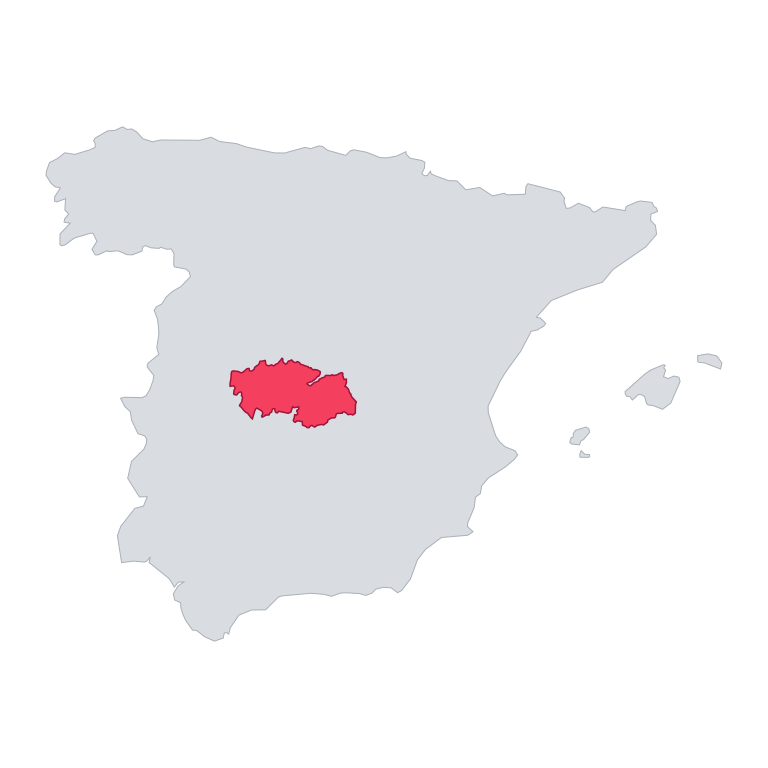 where Toledo sits in Spain
{"feature_id": "ESP-5848", "entity_name": "Toledo", "entity_type": "Autonomous Community", "adm_level": 1, "iso_a3": "ESP", "parent_name": "Spain", "parent_adm1": "", "projection": "albers", "projection_center": [-4.343, 39.785], "detail": "fine", "context": "in_parent", "style": "filled", "palette": "rose", "viewbox_px": 768, "rotation_deg": 0, "n_neighbors": 0, "source": "natural_earth", "source_scale": "10m", "svg_char_len": 8240}
<svg xmlns="http://www.w3.org/2000/svg" viewBox="0 0 768 768"><path d="M406.0,151.7L406.1,154.0L410.1,158.2L421.8,160.5L424.8,162.2L424.4,168.2L421.8,173.5L424.4,175.7L427.2,175.5L430.4,171.2L431.2,173.9L436.7,176.3L448.5,180.6L456.9,180.9L465.8,189.8L479.7,187.5L492.6,195.9L504.3,193.3L507.0,194.9L525.3,194.2L525.9,186.8L527.9,183.7L560.2,192.0L564.5,198.0L564.0,201.2L566.2,208.4L570.3,207.9L578.4,203.2L589.6,207.6L592.8,211.8L595.0,212.0L602.9,207.0L625.3,210.6L625.9,207.1L627.4,205.9L636.4,202.1L640.2,201.0L652.1,202.4L653.9,206.5L656.3,207.9L657.6,211.4L650.9,214.1L650.6,220.4L655.4,225.3L656.6,234.3L645.7,247.0L613.0,269.5L602.5,282.2L577.3,290.0L551.3,300.5L536.4,317.2L540.5,318.2L545.6,323.3L544.1,325.8L537.4,329.9L531.2,331.3L520.6,351.4L505.4,372.4L499.8,381.8L488.1,406.0L488.3,412.8L495.7,435.9L499.7,441.9L505.1,446.8L515.0,450.7L517.6,455.0L514.5,459.2L505.1,467.1L488.5,477.8L481.6,485.9L480.4,493.5L475.5,497.1L474.1,507.7L467.8,522.7L467.5,526.6L473.0,531.7L467.9,535.2L441.4,537.5L425.4,549.5L417.4,559.9L410.4,579.1L401.6,590.5L397.6,592.7L391.2,587.9L383.4,587.3L375.9,589.1L372.0,593.1L365.8,595.4L359.7,593.6L346.6,592.8L340.7,593.0L331.6,596.3L323.8,594.3L310.5,593.3L281.9,595.9L278.3,597.1L265.6,609.8L251.6,610.0L239.0,615.1L230.4,627.5L228.7,634.1L226.2,632.5L224.3,633.0L223.2,638.1L214.4,641.1L204.7,636.8L196.6,630.5L192.4,630.0L185.6,620.3L182.8,614.1L180.8,607.4L180.7,602.8L174.7,600.0L173.3,593.9L177.9,586.1L183.9,581.9L178.4,582.1L174.3,587.1L169.4,578.9L149.1,562.5L150.4,556.9L146.8,561.1L144.4,562.1L133.8,561.1L121.6,562.6L117.4,535.6L120.8,526.3L134.9,508.3L143.5,506.1L147.2,496.7L139.4,496.9L127.7,478.3L131.5,461.4L144.0,449.0L146.2,443.9L146.8,439.2L144.6,435.8L138.0,433.7L131.6,420.1L130.3,411.6L124.9,406.7L120.6,398.3L124.8,397.2L141.9,397.7L146.1,395.7L149.4,390.2L152.9,381.1L153.8,375.5L147.4,367.3L147.2,365.6L148.2,363.0L158.8,354.4L156.8,347.7L158.9,333.8L158.3,325.6L157.4,318.9L154.1,310.2L156.5,306.7L161.9,303.9L166.3,296.9L172.7,291.2L180.9,286.6L190.5,276.5L189.1,271.8L186.0,269.1L174.4,266.8L173.7,264.7L174.0,253.5L171.1,248.9L166.9,249.3L160.6,247.2L159.0,248.4L150.9,247.8L145.2,245.6L142.7,247.2L141.9,251.1L132.2,254.9L126.9,254.6L118.1,250.8L108.0,251.6L106.9,250.7L98.1,254.9L95.2,254.9L91.9,249.2L96.9,241.3L93.2,233.5L90.6,233.2L74.4,238.0L64.9,245.0L61.1,245.7L59.9,244.3L60.0,233.9L70.2,223.2L64.1,222.2L64.6,218.9L68.7,214.0L64.9,210.0L65.5,198.7L56.7,201.9L54.5,201.2L54.7,196.7L60.4,188.0L54.9,186.7L50.9,183.1L46.1,175.4L46.3,171.6L49.5,162.6L57.2,158.7L64.8,152.8L74.7,154.4L89.9,149.8L95.2,147.3L95.2,143.5L93.6,140.6L95.2,138.0L107.6,130.9L114.9,130.4L122.5,126.9L127.4,129.5L131.7,128.9L136.6,131.9L143.0,138.8L152.6,141.8L160.3,140.0L199.8,140.3L211.0,137.2L219.6,141.5L236.4,143.6L246.5,147.1L274.5,152.9L284.6,153.0L305.0,147.4L310.6,148.7L318.7,145.9L322.6,146.5L327.7,150.3L345.7,155.4L350.4,150.8L353.9,149.8L366.8,152.3L379.9,157.6L386.7,157.9L396.6,156.1L406.0,151.7ZM663.5,376.8L668.5,378.6L673.5,376.1L676.3,376.5L679.0,377.4L680.1,381.5L670.8,403.0L662.5,409.3L653.3,405.6L648.1,404.9L646.5,403.4L644.7,396.9L642.2,395.0L638.8,394.3L632.3,400.0L630.0,396.7L626.7,396.3L625.3,394.3L625.1,391.6L644.9,374.0L650.7,370.0L663.2,364.8L665.2,365.3L663.7,367.8L665.6,370.0L663.5,376.8ZM721.9,363.0L720.5,369.0L704.2,362.8L699.0,362.4L697.7,361.4L697.7,355.6L708.0,353.9L716.7,355.9L721.9,363.0ZM581.0,440.7L579.4,444.9L571.5,444.0L569.7,442.4L571.1,437.7L573.3,437.0L573.2,433.8L575.4,430.3L586.3,427.0L588.9,429.0L589.7,432.2L583.5,439.6L581.0,440.7ZM589.7,456.5L588.6,457.4L580.0,457.2L579.7,454.5L581.2,450.7L584.6,454.2L589.5,454.6L589.7,456.5Z" fill="#d9dde1" stroke="#a8b0b8" stroke-width="1"/><path d="M230.2,386.4L230.0,385.5L230.0,383.8L230.9,378.8L231.2,375.3L231.1,374.7L231.2,374.0L231.5,372.3L231.7,371.8L231.8,371.5L233.3,370.9L238.3,371.5L239.7,372.2L240.3,372.7L241.5,372.7L242.3,372.5L242.8,372.3L243.1,372.1L243.3,371.8L245.4,370.3L245.6,370.0L246.0,369.5L246.4,369.1L247.0,368.8L248.3,368.4L248.9,368.4L249.2,368.7L249.5,370.6L249.8,370.9L250.5,371.1L251.7,370.9L252.4,370.6L253.5,369.8L253.9,369.4L254.1,369.0L254.3,368.5L254.4,368.0L254.9,367.2L255.4,366.7L256.3,366.2L256.8,365.7L257.9,365.1L258.7,364.3L259.3,363.5L259.5,362.9L259.5,362.4L259.8,361.5L260.1,361.2L261.1,361.2L263.5,360.9L264.6,360.5L265.2,360.5L265.4,360.9L265.4,361.4L265.5,361.9L265.6,362.4L265.8,363.9L266.0,364.4L266.2,364.8L266.6,365.1L267.5,365.5L268.2,365.7L268.9,365.7L270.1,365.4L271.6,364.8L272.8,365.5L273.6,365.7L274.2,365.6L274.7,365.4L274.9,365.0L275.4,364.5L276.1,364.1L277.6,363.5L278.3,363.0L278.8,362.4L279.0,361.9L280.6,360.3L280.9,359.9L281.1,359.4L281.8,358.4L282.0,358.3L282.3,358.4L282.6,358.7L282.8,359.1L282.9,359.5L282.8,360.5L282.8,361.0L282.9,361.4L283.3,362.3L283.6,362.7L284.1,363.1L284.9,363.4L285.6,364.2L285.8,364.2L286.0,364.1L286.7,363.5L287.1,363.1L287.5,362.5L287.9,361.8L288.1,361.4L288.7,361.0L290.0,360.8L291.2,360.0L291.7,360.0L292.1,360.3L292.4,360.7L293.8,362.1L294.6,362.4L295.6,362.5L296.3,362.3L296.7,362.0L297.2,361.6L297.6,361.7L298.7,362.1L299.2,362.4L299.6,362.8L299.9,363.3L300.1,363.7L300.6,364.1L301.2,364.4L303.9,365.3L305.5,366.0L307.9,366.6L308.2,366.8L308.5,367.1L308.7,367.5L309.2,367.9L309.7,367.9L310.6,367.7L311.0,367.8L311.3,368.1L312.1,369.2L312.5,369.5L312.8,369.6L313.4,369.8L314.6,369.5L315.3,369.6L316.1,369.9L317.1,369.9L319.6,371.2L320.1,371.6L320.3,371.9L320.2,372.2L320.3,372.9L320.2,373.2L319.8,374.6L319.6,374.9L319.2,375.5L319.1,375.8L318.9,376.0L318.3,376.4L317.9,376.4L317.3,376.8L314.9,379.4L314.1,380.1L313.2,380.4L312.9,380.6L312.1,381.5L311.8,381.8L311.2,381.8L308.1,382.8L307.5,383.2L307.0,383.6L307.2,384.1L307.8,384.6L309.5,385.6L310.3,385.8L310.9,385.6L311.2,385.1L312.0,384.5L312.5,384.3L313.2,383.6L313.7,383.0L314.0,382.7L314.4,382.5L314.9,382.3L315.9,382.2L316.4,382.0L317.3,381.3L318.5,381.0L318.9,380.8L319.0,380.4L319.0,379.5L319.2,379.2L320.0,378.9L320.9,378.6L321.0,378.6L321.4,378.2L321.7,378.0L322.1,377.8L324.1,377.3L324.6,377.1L324.8,376.7L325.1,376.0L325.8,375.4L330.6,375.5L332.4,374.7L333.3,375.5L333.9,375.6L334.5,375.3L336.6,375.0L339.7,373.3L341.7,372.6L342.6,373.1L342.8,373.4L342.9,374.0L342.6,375.2L344.1,379.4L346.4,379.2L346.4,382.8L345.0,386.4L346.5,387.0L348.4,389.1L349.4,392.4L350.7,393.9L351.6,396.7L356.3,401.9L355.5,404.6L355.3,413.2L352.9,415.0L350.7,414.2L348.3,414.7L344.5,411.8L342.4,412.3L342.3,413.2L336.8,413.5L336.2,414.1L335.6,416.6L335.1,417.5L334.3,417.9L331.5,417.9L327.8,420.1L327.5,422.1L323.5,425.0L321.9,424.4L317.2,425.3L315.0,427.0L314.3,427.0L312.0,425.4L311.1,425.6L310.3,426.1L308.9,427.7L307.1,427.6L305.8,426.4L302.5,425.2L302.2,421.6L297.0,420.8L295.7,422.1L295.3,422.3L294.8,422.2L293.6,421.2L293.3,420.6L293.4,420.0L294.2,417.9L294.7,414.7L296.6,415.0L297.4,414.1L297.6,413.6L297.7,412.9L297.5,412.4L296.9,411.6L296.7,411.2L296.8,410.4L297.4,410.0L298.0,409.8L298.6,409.3L298.7,408.8L298.7,407.4L298.6,406.9L294.3,407.7L292.6,406.8L290.9,412.0L288.3,413.3L278.9,411.3L278.5,411.4L278.2,411.7L277.9,412.3L277.7,412.6L277.0,412.9L276.4,412.8L275.8,412.4L275.2,411.7L274.6,408.7L273.2,408.7L272.4,409.3L272.0,410.4L271.7,412.0L270.9,412.4L270.1,413.0L269.4,413.8L269.1,414.9L265.3,415.2L264.8,415.9L262.2,417.2L261.6,416.2L262.8,413.3L262.6,412.4L262.2,411.7L261.1,410.5L256.7,408.1L256.1,408.4L254.8,410.7L252.4,418.9L251.8,418.4L251.3,418.0L251.1,417.7L250.4,417.0L249.9,416.2L248.4,414.4L247.6,413.2L247.3,412.9L246.4,412.7L245.6,412.2L245.2,411.7L244.5,411.1L243.4,409.9L241.5,407.5L241.2,407.1L240.4,406.6L240.0,406.2L239.7,405.9L239.5,405.5L239.6,405.1L240.2,404.3L240.4,403.9L240.7,403.5L241.0,403.0L241.5,402.2L241.7,401.8L241.8,401.3L242.0,400.9L242.1,399.5L242.3,398.6L242.5,398.1L242.6,397.6L242.5,397.1L242.2,396.6L241.5,395.7L241.4,395.3L241.7,394.3L241.7,393.7L241.5,392.8L241.2,392.3L240.9,392.1L240.5,392.0L239.5,392.2L239.2,392.3L238.1,393.2L237.7,393.7L237.1,394.6L236.8,394.8L236.5,395.0L235.8,394.9L234.1,394.5L233.8,394.2L233.7,393.6L233.8,392.2L233.9,391.5L234.0,390.8L234.2,390.0L234.4,389.4L235.0,388.6L235.1,388.1L235.1,387.7L234.9,387.3L234.6,386.9L234.3,386.5L233.9,386.2L233.5,386.0L233.1,385.9L231.7,386.0L230.7,386.2L230.2,386.4Z" fill="#f43f5e" stroke="#9f1239" stroke-width="1.5"/></svg>